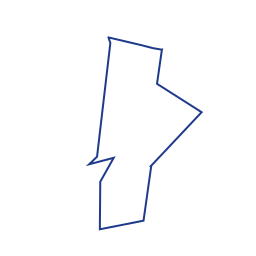 outline of Belle Plain, Soufrière, Saint Lucia, rotated 242°
{"feature_id": "8701671B19516927692390", "entity_name": "Belle Plain", "entity_type": "district", "adm_level": 2, "iso_a3": "LCA", "parent_name": "Saint Lucia", "parent_adm1": "Soufrière", "projection": "equal_earth", "projection_center": [-61.03, 13.828], "detail": "fine", "context": "isolated", "style": "outline", "palette": "blue", "viewbox_px": 256, "rotation_deg": 242, "n_neighbors": 0, "source": "geoboundaries", "source_scale": "gbopen_adm2", "svg_char_len": 405}
<svg xmlns="http://www.w3.org/2000/svg" viewBox="0 0 256 256"><g transform="rotate(242 128 128)"><path d="M93.6,78.3L51.8,55.6L38.9,98.2L83.3,130.5L83.6,130.2L87.9,142.9L107.4,200.4L153.3,174.4L153.6,174.5L181.1,194.6L181.3,194.8L181.4,194.5L186.8,187.5L195.3,178.2L217.1,153.3L217.0,153.2L211.3,152.3L117.2,87.2L114.2,76.7L108.4,101.4L93.6,78.3Z" fill="none" stroke="#1e3a8a" stroke-width="2"/></g></svg>